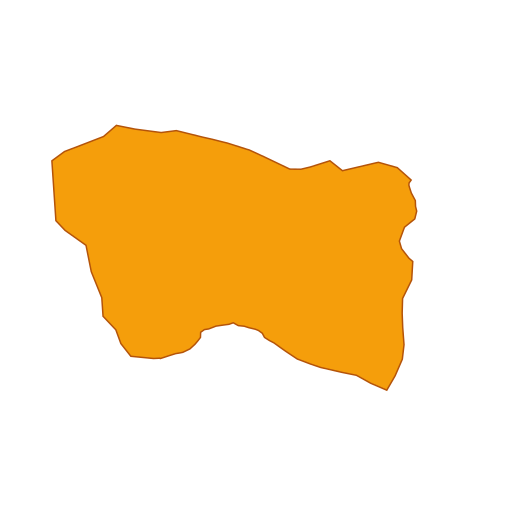 outline of Tandjile Ouest, Tandjilé, Chad, rotated 68°
{"feature_id": "50815135B85738495348243", "entity_name": "Tandjile Ouest", "entity_type": "district", "adm_level": 2, "iso_a3": "TCD", "parent_name": "Chad", "parent_adm1": "Tandjilé", "projection": "robinson", "projection_center": [15.838, 9.374], "detail": "fine", "context": "isolated", "style": "filled", "palette": "amber", "viewbox_px": 512, "rotation_deg": 68, "n_neighbors": 0, "source": "geoboundaries", "source_scale": "gbopen_adm2", "svg_char_len": 1377}
<svg xmlns="http://www.w3.org/2000/svg" viewBox="0 0 512 512"><g transform="rotate(68 256 256)"><path d="M148.3,428.3L160.8,423.4L182.4,409.6L208.8,414.6L236.9,414.6L254.6,420.4L271.9,413.6L286.6,414.1L302.1,409.6L312.7,389.3L314.7,383.5L315.2,383.2L315.4,380.9L315.6,378.0L315.9,373.4L316.4,367.1L317.4,362.7L317.9,359.9L317.4,352.1L316.2,348.9L315.0,345.7L313.0,341.9L310.7,338.0L306.0,335.9L304.9,331.4L305.9,327.2L306.0,321.9L306.0,319.5L307.6,312.9L309.2,306.7L309.4,302.1L313.9,298.5L316.7,293.2L319.7,289.6L323.7,284.0L326.0,281.6L330.0,279.1L334.7,278.6L339.3,275.3L343.3,271.9L350.9,267.1L355.4,264.2L367.0,256.3L376.7,245.8L383.5,237.9L396.1,219.9L404.2,207.6L417.1,197.2L429.4,185.0L419.2,171.9L406.5,159.0L393.7,152.0L377.1,146.7L363.8,141.9L350.3,136.0L336.5,120.6L319.8,112.7L315.4,115.0L303.8,118.3L299.8,117.9L295.9,117.5L286.6,109.1L284.9,107.5L281.1,94.9L274.6,90.2L269.8,89.5L264.3,87.5L255.8,88.4L250.0,88.0L247.5,87.7L245.6,86.7L243.7,83.7L227.0,91.9L215.0,107.4L214.7,109.1L214.2,112.2L209.3,143.9L195.4,151.8L193.8,172.4L192.6,180.4L192.4,181.8L188.1,192.1L168.2,210.3L166.3,212.0L164.8,213.5L162.4,215.7L155.0,222.7L153.7,224.4L140.6,240.2L137.3,244.8L131.5,252.7L125.9,260.8L109.9,282.9L106.0,297.7L93.0,320.7L82.7,336.4L82.6,336.5L88.1,352.6L87.8,373.3L87.4,394.4L91.3,409.6L148.3,428.3Z" fill="#f59e0b" stroke="#b45309" stroke-width="1.5"/></g></svg>